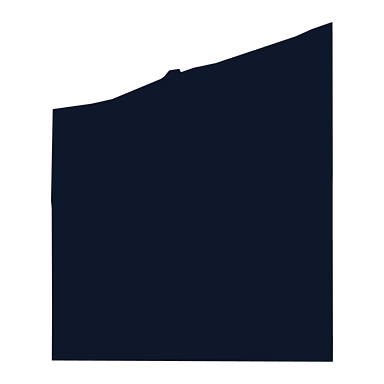 the district of Ashtabula, Ohio, United States of America
{"feature_id": "52423323B34743732368607", "entity_name": "Ashtabula", "entity_type": "district", "adm_level": 2, "iso_a3": "USA", "parent_name": "United States of America", "parent_adm1": "Ohio", "projection": "robinson", "projection_center": [-80.712, 41.739], "detail": "fine", "context": "isolated", "style": "filled", "palette": "ink", "viewbox_px": 384, "rotation_deg": 0, "n_neighbors": 0, "source": "geoboundaries", "source_scale": "gbopen_adm2", "svg_char_len": 517}
<svg xmlns="http://www.w3.org/2000/svg" viewBox="0 0 384 384"><path d="M52.6,359.7L332.1,361.0L332.2,340.6L332.1,333.1L332.0,258.8L332.0,240.8L331.9,239.8L331.9,218.4L331.9,191.6L331.9,182.3L332.0,173.3L331.9,113.6L331.8,57.3L331.8,46.8L331.7,24.0L331.7,23.0L311.9,29.9L295.8,37.1L215.7,63.9L194.3,68.4L180.4,73.2L178.9,69.7L169.6,71.1L165.0,76.8L161.4,79.5L112.2,99.9L91.5,104.5L69.9,107.5L59.4,109.0L53.5,109.8L51.8,200.7L52.5,208.7L52.8,310.4L52.6,359.7Z" fill="#0f172a" stroke="#020617" stroke-width="1.5"/></svg>